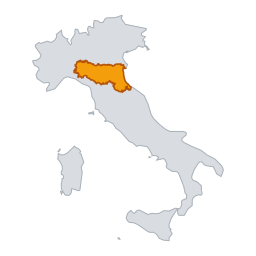 Emilia-Romagna, Bologna, Italy (highlighted)
{"feature_id": "23120603B93883326437068", "entity_name": "Emilia-Romagna", "entity_type": "district", "adm_level": 2, "iso_a3": "ITA", "parent_name": "Italy", "parent_adm1": "Bologna", "projection": "mercator", "projection_center": [11.577, 44.436], "detail": "fine", "context": "in_parent", "style": "filled", "palette": "amber", "viewbox_px": 256, "rotation_deg": 0, "n_neighbors": 0, "source": "geoboundaries", "source_scale": "gbopen_adm2", "svg_char_len": 8537}
<svg xmlns="http://www.w3.org/2000/svg" viewBox="0 0 256 256"><path d="M39.0,42.4L40.7,43.4L47.3,41.2L51.3,42.5L54.6,40.3L56.8,36.9L56.3,34.4L61.5,30.3L62.1,35.0L65.1,38.1L67.9,38.9L67.2,40.7L70.1,44.6L71.2,44.2L71.6,43.5L70.9,40.3L74.9,34.0L75.0,29.6L75.7,29.1L77.7,29.4L79.3,33.5L85.9,32.3L88.2,35.4L89.2,34.8L87.5,29.4L88.3,26.7L90.0,26.2L91.3,27.5L93.8,27.9L93.9,26.3L93.3,25.2L94.2,20.5L98.0,20.9L100.2,22.6L102.9,22.5L105.1,18.8L106.9,17.9L115.4,17.6L121.8,15.4L122.3,15.9L121.2,17.7L121.5,18.8L125.3,24.3L146.4,28.6L146.1,29.9L141.5,33.3L141.2,34.6L141.9,35.7L145.3,36.6L142.9,39.7L143.0,41.0L144.8,41.1L144.5,45.0L146.7,46.2L149.2,49.5L146.7,50.2L147.7,49.3L145.2,45.9L142.6,47.4L138.4,45.9L135.6,49.0L126.0,52.9L127.7,51.1L127.0,51.1L123.5,53.4L122.7,58.1L125.4,62.7L127.5,64.3L126.5,67.1L125.2,68.2L123.5,67.4L123.0,69.9L124.0,76.5L125.4,81.1L130.2,86.3L133.6,87.9L144.2,95.7L148.1,104.3L151.4,115.1L154.1,119.1L159.9,124.8L165.1,129.0L170.0,131.5L182.8,131.4L186.0,132.4L186.4,134.1L185.8,135.3L182.0,138.3L181.8,140.6L183.6,142.3L192.2,146.6L201.1,150.3L207.1,155.0L214.8,158.9L220.8,164.9L222.9,168.1L223.3,170.5L221.8,174.7L221.0,176.5L216.8,174.0L213.3,166.8L205.8,165.6L203.6,164.3L202.3,162.1L199.9,161.9L198.3,163.1L194.1,169.8L191.9,175.7L191.7,178.0L193.0,180.3L196.6,181.5L201.3,185.7L201.4,190.7L202.2,193.6L201.0,195.2L198.7,194.8L195.5,195.8L193.3,197.7L192.3,199.4L192.1,205.7L187.9,209.0L184.3,215.3L178.9,215.3L177.7,213.4L177.6,210.5L178.5,208.7L180.5,207.9L181.8,204.2L181.4,201.5L182.2,200.3L186.5,198.5L186.7,194.8L185.1,193.1L183.7,186.2L178.4,172.9L176.7,171.6L172.0,171.3L166.5,167.7L166.1,166.2L167.1,164.8L166.4,162.8L164.7,159.4L163.5,158.6L156.7,160.1L158.6,157.3L156.2,155.6L151.9,155.6L152.0,154.3L148.9,148.8L146.9,146.5L139.1,145.4L136.6,146.4L132.7,142.8L129.2,141.5L120.3,131.4L115.9,128.3L113.2,123.9L107.7,120.9L105.2,121.6L104.6,121.1L105.9,120.2L105.7,118.5L102.0,114.0L99.8,112.6L98.3,109.7L95.2,109.0L95.3,103.8L94.1,100.1L92.0,97.0L90.8,89.4L89.9,87.3L87.7,85.7L82.6,83.9L75.5,79.0L67.1,76.7L63.6,78.4L54.8,88.9L46.6,91.3L46.4,89.2L49.5,84.3L48.9,82.4L43.8,83.0L37.1,78.6L36.1,74.7L38.0,70.9L39.2,70.0L38.5,67.5L34.5,65.4L32.8,62.0L32.7,60.9L33.7,60.3L36.1,60.5L39.9,58.1L41.0,54.9L35.3,46.6L35.5,44.9L39.0,42.4ZM126.8,88.3L127.1,86.4L125.4,87.6L125.9,88.5L126.8,88.3ZM177.5,208.6L171.1,218.5L168.9,225.1L169.2,227.6L171.0,229.4L170.1,230.2L172.0,233.3L172.0,234.1L169.1,237.6L169.1,240.6L163.7,240.2L159.3,238.4L157.1,234.9L155.4,233.4L153.5,232.3L149.7,232.3L148.0,231.6L137.9,224.7L133.9,222.8L129.3,222.4L127.5,220.8L126.1,217.8L127.9,213.0L130.9,210.4L133.6,213.4L135.9,212.4L136.0,211.4L137.7,210.2L139.8,210.2L147.8,214.5L152.0,213.3L155.8,213.8L159.3,213.2L163.9,210.7L169.2,211.0L175.3,208.2L177.5,208.6ZM81.0,154.1L83.8,162.2L81.2,167.1L82.2,172.4L79.9,190.1L78.6,190.7L71.7,188.6L71.2,192.7L70.3,194.3L68.9,195.4L65.2,195.1L61.5,189.3L61.2,183.6L61.9,181.9L62.0,178.6L63.4,178.3L63.5,176.1L62.7,174.9L61.3,174.5L61.3,171.9L62.3,170.0L62.3,166.6L60.4,162.2L57.8,159.0L58.3,153.4L60.6,154.8L63.9,154.8L67.9,152.6L74.5,146.1L75.4,147.3L78.1,148.4L80.7,151.2L79.7,153.0L81.0,154.1ZM93.2,111.4L93.8,112.8L93.6,114.6L92.3,113.5L89.0,114.0L88.7,113.0L92.7,112.2L93.2,111.4ZM62.4,192.2L61.5,194.2L60.5,191.5L60.6,191.2L62.4,192.2ZM60.3,149.4L58.8,151.7L58.0,151.6L59.9,149.0L60.3,149.4ZM119.9,239.3L118.1,238.8L118.0,237.8L119.4,238.0L119.9,239.3ZM150.6,157.1L149.1,157.8L149.1,156.6L150.6,157.1Z" fill="#d9dde1" stroke="#a8b0b8" stroke-width="1"/><path d="M74.1,72.4L74.8,72.2L74.9,72.4L74.8,72.7L75.2,72.8L75.4,72.7L75.6,72.5L75.8,72.7L76.3,73.2L76.6,73.0L77.0,73.2L77.1,72.9L77.3,72.9L77.3,72.6L77.6,72.8L77.6,73.2L77.9,73.4L78.1,73.3L78.1,73.5L78.4,73.4L78.7,73.6L78.7,73.9L78.9,74.2L78.8,74.9L78.8,75.3L78.4,75.3L78.4,75.6L78.2,75.9L78.2,76.2L77.9,76.5L77.9,76.8L78.4,76.6L78.5,77.0L78.8,76.6L79.7,76.5L79.8,76.3L80.1,76.4L80.2,76.6L80.5,76.3L81.0,76.9L81.4,76.9L81.6,77.9L81.8,78.0L82.3,77.5L82.8,77.6L82.8,77.4L83.0,77.4L82.9,77.2L83.0,77.0L83.9,76.0L84.0,75.7L85.3,75.5L86.4,75.7L86.5,76.1L86.8,76.1L87.0,76.3L87.0,76.5L86.7,77.1L87.0,77.4L87.8,77.8L88.5,78.4L89.2,78.2L89.9,79.1L90.1,79.1L90.3,79.4L90.5,79.4L91.0,80.1L91.7,79.7L91.8,79.8L92.4,80.1L92.9,80.1L93.8,81.1L94.4,81.0L94.7,81.1L94.8,81.3L94.7,81.6L95.2,82.0L95.3,82.3L95.2,82.4L95.3,82.6L96.2,83.2L96.4,83.6L96.9,83.4L96.9,83.0L97.2,82.6L97.6,82.7L98.1,82.6L99.0,82.7L99.3,83.1L99.7,83.3L99.8,83.5L100.5,83.7L100.5,83.9L101.0,83.9L101.2,84.1L101.5,84.4L101.4,84.7L101.5,84.7L102.3,84.1L102.6,83.4L103.1,83.0L103.2,83.3L103.0,83.7L103.3,84.0L103.8,84.0L104.4,84.1L105.0,83.7L105.5,83.6L106.3,83.9L107.0,84.0L107.0,83.8L107.2,83.5L106.5,83.3L106.1,83.0L106.1,82.7L106.4,82.8L106.8,82.6L107.5,82.7L107.8,82.4L107.7,82.3L108.2,82.1L108.3,81.7L108.5,81.5L109.1,81.7L109.3,81.2L109.7,80.8L110.2,81.2L110.3,81.4L110.1,81.6L110.3,81.9L110.5,81.8L110.5,82.0L110.8,82.1L110.7,82.2L111.1,82.5L111.7,82.7L111.9,82.4L112.0,82.4L112.2,82.5L112.9,82.6L112.9,82.9L112.7,83.0L112.6,83.3L112.4,83.4L112.4,83.6L112.8,83.5L113.3,83.6L113.4,83.9L113.8,83.6L113.9,83.4L114.3,83.5L114.9,83.3L115.1,83.4L114.8,84.2L114.2,85.0L114.1,85.3L113.9,85.7L113.5,85.7L113.6,86.0L113.4,86.0L113.5,86.2L113.3,86.4L113.5,86.7L114.1,87.1L114.0,87.6L114.5,87.9L114.4,88.9L114.7,89.2L115.6,89.6L116.1,90.2L116.5,90.4L116.9,90.2L117.2,90.4L117.6,90.3L117.7,90.7L118.2,90.8L118.3,91.1L118.8,91.4L119.2,91.3L119.7,91.6L119.9,91.6L120.2,91.9L120.8,91.6L121.3,91.7L121.7,91.4L121.8,91.8L122.2,92.1L122.4,91.6L122.7,91.5L123.0,91.7L123.6,91.4L123.7,90.9L123.6,90.7L124.1,90.5L124.7,90.6L124.9,90.3L125.3,90.3L125.5,90.0L125.3,89.6L125.5,89.0L126.2,89.0L126.5,88.6L126.2,88.2L125.8,88.4L125.6,88.3L125.6,87.9L125.7,87.7L125.6,87.4L125.6,87.1L126.1,87.1L127.2,86.3L127.3,86.5L127.2,86.8L127.3,87.4L127.0,88.0L126.9,88.7L127.1,89.0L127.4,88.8L127.8,89.2L128.1,89.0L128.1,88.8L128.5,88.7L128.5,89.1L128.8,89.6L129.0,89.6L128.9,89.8L128.9,90.0L129.1,90.1L129.7,90.0L129.9,90.1L130.0,90.0L130.0,89.7L130.0,89.4L130.7,89.2L130.8,89.0L130.7,88.8L130.9,88.5L130.7,87.8L131.2,87.0L131.1,86.8L130.6,86.7L130.1,86.4L129.0,85.3L128.3,84.3L128.1,84.4L127.4,83.9L125.9,82.1L125.5,81.5L125.4,81.4L124.9,80.3L124.3,78.2L124.1,77.1L123.7,75.7L123.6,75.2L124.1,75.0L123.7,75.2L124.1,75.0L123.6,75.0L123.6,74.8L123.6,72.8L123.4,72.0L123.1,71.3L122.9,70.3L123.0,69.0L123.6,67.7L123.3,68.1L123.5,67.7L123.3,67.8L123.2,67.8L123.6,67.2L124.1,67.2L125.0,68.3L125.3,68.4L125.1,68.5L124.8,68.4L124.3,68.2L124.7,68.4L124.1,68.3L125.1,68.5L125.4,68.3L124.8,67.8L124.5,67.0L123.8,66.8L123.6,66.5L123.6,65.6L123.8,65.2L123.5,64.9L123.3,65.0L123.2,64.9L123.1,65.1L122.9,65.1L122.7,65.3L122.1,65.3L121.8,64.9L121.6,65.2L121.3,65.2L121.1,65.1L120.9,64.6L120.6,64.4L120.6,64.2L120.4,64.4L120.3,64.2L120.0,64.3L119.8,64.1L118.4,63.9L117.8,64.2L115.9,64.1L115.6,64.4L115.0,64.6L114.9,64.8L114.9,65.1L114.8,65.3L113.8,65.5L112.9,66.1L112.5,66.1L112.3,65.5L111.5,65.0L109.9,65.2L109.8,64.7L109.4,64.8L109.4,64.6L109.0,64.5L108.7,64.7L108.2,64.5L107.5,64.6L107.3,65.0L106.9,64.7L106.8,64.8L106.2,65.0L105.6,65.0L105.4,65.1L104.9,64.6L104.2,64.4L103.9,64.8L102.9,64.6L102.4,65.1L102.2,65.1L102.0,65.4L101.6,65.3L101.2,65.6L101.3,65.4L101.0,65.5L100.8,65.3L100.8,65.2L100.5,65.3L100.3,65.1L99.9,65.1L99.8,64.9L98.9,64.8L98.9,64.4L98.8,64.0L98.6,63.8L98.3,63.9L98.3,64.2L98.1,64.5L98.0,64.4L98.1,64.2L97.9,63.9L97.5,64.3L97.0,65.3L96.0,65.7L95.3,65.6L93.9,64.9L93.5,64.0L93.2,64.0L92.6,64.4L91.9,63.9L91.8,63.6L91.3,63.6L91.0,63.2L90.3,62.8L89.9,63.0L89.5,62.6L88.6,63.1L88.4,63.1L88.2,62.5L87.7,62.7L87.6,62.2L87.2,61.9L87.4,61.4L86.7,60.6L86.4,60.6L85.9,61.2L85.6,61.3L85.5,61.2L85.7,60.7L85.5,60.4L85.0,60.7L84.9,61.0L85.3,61.4L85.2,61.8L84.7,61.5L84.3,61.4L84.2,61.7L84.2,62.2L84.1,62.4L83.9,62.4L83.9,61.8L83.3,61.6L83.0,61.0L82.8,61.1L82.9,61.6L82.9,61.8L82.3,62.3L81.7,61.8L81.0,61.7L81.1,60.9L80.9,60.6L80.7,61.1L80.3,61.3L80.2,61.2L79.8,60.7L79.6,60.6L79.4,60.8L79.7,61.5L79.4,61.8L78.8,61.2L77.9,61.5L77.4,61.7L77.5,61.9L77.3,61.9L76.8,62.4L76.9,62.7L76.8,63.1L76.7,63.5L76.4,63.6L76.2,64.2L76.2,64.4L76.0,64.6L76.0,64.9L75.7,65.1L75.4,65.1L75.6,65.4L75.3,66.0L75.5,66.1L75.5,66.3L76.0,66.3L76.1,66.5L76.3,66.5L76.4,67.2L76.7,67.6L76.5,67.9L76.0,68.1L75.9,68.5L75.4,68.9L75.4,69.1L76.2,69.6L75.8,70.3L76.0,70.6L75.7,70.7L75.6,70.8L75.1,70.7L75.0,70.9L74.9,70.5L74.6,70.0L74.5,70.3L74.7,70.7L74.0,70.7L74.1,71.3L74.0,71.5L74.1,72.4ZM121.8,90.4L122.5,90.5L122.7,90.4L123.0,90.9L122.5,91.0L122.3,91.3L122.0,91.2L121.8,90.7L121.8,90.4Z" fill="#f59e0b" stroke="#b45309" stroke-width="1.5"/></svg>